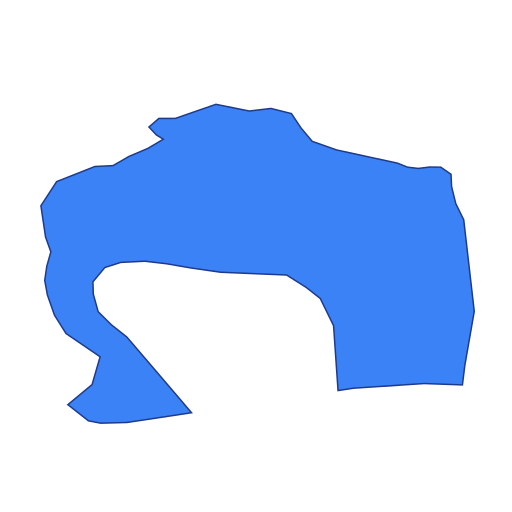 Bujumbura Rural, Natural Earth projection, rotated 265°
{"feature_id": "BDI-4854", "entity_name": "Bujumbura Rural", "entity_type": "Province", "adm_level": 1, "iso_a3": "BDI", "parent_name": "Burundi", "parent_adm1": "", "projection": "natural_earth1", "projection_center": [29.411, -3.493], "detail": "fine", "context": "isolated", "style": "filled", "palette": "blue", "viewbox_px": 512, "rotation_deg": 265, "n_neighbors": 0, "source": "natural_earth", "source_scale": "10m", "svg_char_len": 934}
<svg xmlns="http://www.w3.org/2000/svg" viewBox="0 0 512 512"><g transform="rotate(265 256 256)"><path d="M105.5,178.1L101.4,113.0L103.0,86.7L106.4,74.7L124.3,55.6L142.2,81.5L169.2,91.9L195.3,60.0L214.6,50.1L235.3,44.8L250.1,43.4L264.1,46.7L278.0,52.0L293.2,48.0L324.8,46.1L347.5,63.9L359.2,103.3L358.5,121.4L366.3,138.2L372.6,157.6L380.4,173.8L385.3,167.3L393.8,160.6L401.5,171.2L400.1,187.6L410.6,229.3L401.0,262.0L401.7,283.7L394.8,303.7L379.6,312.0L365.3,322.0L354.6,345.6L336.1,405.2L331.3,414.7L329.1,425.3L329.5,436.7L328.4,447.8L320.4,457.4L308.1,456.9L290.7,459.6L274.0,466.1L181.8,468.6L128.8,454.5L109.6,450.4L114.3,412.4L115.8,341.7L114.8,326.0L179.9,327.2L208.1,316.3L220.3,303.3L234.4,284.8L238.2,255.4L242.9,219.4L249.5,191.1L256.1,166.1L260.5,144.7L261.4,120.7L257.7,104.4L244.5,91.3L232.2,90.6L214.3,93.9L200.2,105.8L186.6,120.2L148.3,147.6L105.5,178.1Z" fill="#3b82f6" stroke="#1e3a8a" stroke-width="1.5"/></g></svg>